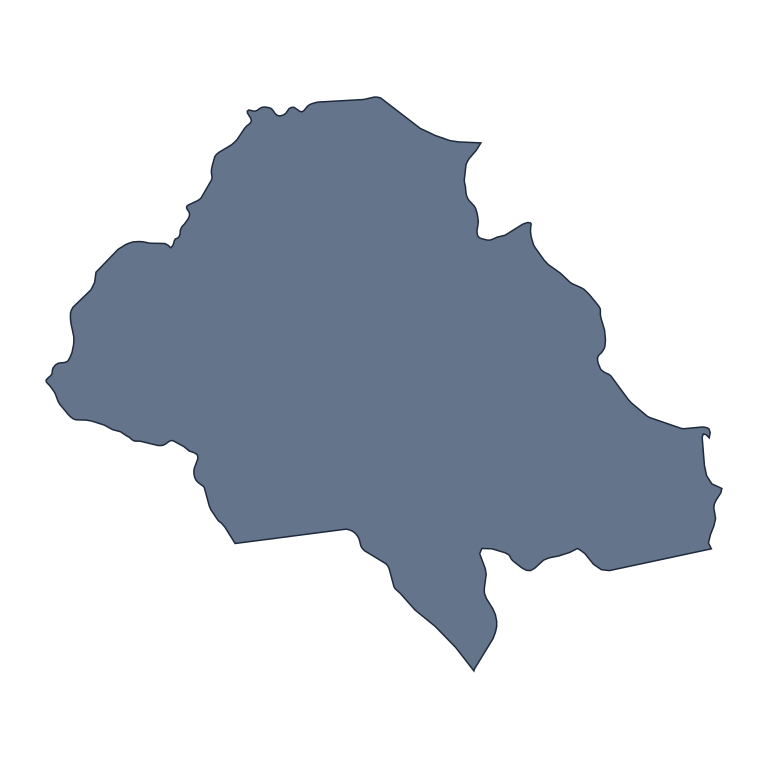 outline of Ngounié
{"feature_id": "GAB-2622", "entity_name": "Ngounié", "entity_type": "Province", "adm_level": 1, "iso_a3": "GAB", "parent_name": "Gabon", "parent_adm1": "", "projection": "orthographic", "projection_center": [11.097, -1.69], "detail": "fine", "context": "isolated", "style": "filled", "palette": "slate", "viewbox_px": 768, "rotation_deg": 0, "n_neighbors": 0, "source": "natural_earth", "source_scale": "10m", "svg_char_len": 3870}
<svg xmlns="http://www.w3.org/2000/svg" viewBox="0 0 768 768"><path d="M709.2,437.9L706.1,434.7L703.2,434.0L702.2,437.5L704.4,465.2L706.6,475.7L711.9,483.9L721.9,488.5L720.8,492.9L716.1,500.2L714.3,504.1L713.8,507.9L715.6,518.5L713.9,525.9L710.4,534.8L708.5,543.1L711.4,548.8L609.4,570.6L601.4,569.7L593.5,564.3L584.8,553.5L580.2,550.1L577.5,548.5L569.5,552.5L558.6,556.0L549.3,557.8L543.6,560.1L534.9,568.1L530.6,570.6L526.4,570.3L521.7,567.8L513.0,561.0L511.0,558.7L510.0,556.5L508.4,554.5L504.9,552.7L491.9,548.8L482.4,548.5L481.8,548.6L479.7,553.7L485.3,568.7L486.2,574.3L484.3,588.6L484.4,593.1L486.4,598.5L492.9,608.9L495.4,614.7L496.7,621.3L496.7,626.6L495.5,632.0L493.1,638.5L474.4,669.1L473.9,670.9L455.8,647.6L435.2,626.4L415.0,610.0L400.1,593.2L395.2,588.8L393.9,586.5L389.1,568.6L387.9,566.1L385.8,563.7L364.5,550.7L362.4,548.6L361.0,546.3L360.3,543.8L359.7,541.1L358.9,538.6L357.6,536.1L355.7,533.7L353.1,531.6L350.2,530.1L346.4,529.1L235.1,543.5L224.8,527.0L221.0,522.7L219.8,522.0L218.8,521.1L217.8,520.0L210.9,509.8L209.3,506.1L204.5,488.4L204.0,487.1L203.0,486.1L198.4,482.7L196.1,480.3L194.7,477.4L193.9,473.8L193.9,470.9L194.3,468.1L197.5,459.7L197.9,457.1L197.1,454.6L194.4,452.8L189.2,451.0L183.9,446.6L173.0,440.7L170.6,440.6L168.2,442.0L165.9,443.8L163.4,445.1L160.8,445.6L158.0,445.5L139.8,441.1L134.7,441.1L132.1,439.8L129.2,437.2L126.5,435.8L120.6,431.8L112.5,429.6L104.3,425.1L91.4,421.0L86.2,420.1L77.6,419.9L75.4,419.7L73.0,418.7L70.6,416.9L68.3,414.6L59.7,404.2L58.2,401.6L55.2,393.6L53.7,391.0L50.1,386.1L46.4,382.2L46.1,380.0L48.5,377.5L50.7,375.7L52.1,373.4L52.3,370.9L52.9,368.2L55.4,365.0L57.9,363.4L60.5,362.8L63.0,362.7L65.3,362.3L67.7,361.2L69.8,357.8L72.0,352.5L73.6,344.5L73.9,339.9L73.7,336.3L70.9,323.0L70.4,318.0L70.5,313.0L71.4,310.2L72.9,307.3L90.9,289.9L94.6,282.5L96.0,272.2L118.0,249.4L125.8,244.5L129.2,243.1L133.1,241.9L139.5,241.5L143.7,241.9L149.8,243.2L164.9,243.5L167.9,245.1L170.8,247.8L172.7,245.8L173.6,243.4L174.2,241.1L175.3,239.0L178.0,237.9L179.5,235.9L180.1,233.6L180.2,231.1L180.8,228.8L182.1,226.4L184.3,224.2L187.8,219.4L189.1,216.8L189.6,214.3L189.0,211.9L187.6,210.0L186.6,208.1L186.6,206.8L187.0,206.0L188.3,205.0L197.7,200.6L199.8,199.2L201.1,197.9L211.4,180.1L212.1,177.5L211.4,172.6L211.4,170.1L212.4,165.0L214.7,156.9L216.2,154.6L218.8,152.4L231.8,144.6L234.7,142.0L237.2,139.4L244.6,128.3L246.7,126.0L248.9,124.3L250.7,122.6L251.4,120.5L250.6,118.1L247.5,113.2L247.3,111.2L248.7,110.0L254.8,111.3L257.7,110.1L259.6,108.5L262.1,107.3L265.0,107.0L268.7,107.6L271.4,108.6L273.6,111.2L275.0,113.5L277.3,115.4L280.1,116.0L283.4,115.0L285.9,113.2L289.0,108.7L291.4,107.4L294.0,107.3L299.5,111.1L301.8,111.9L303.9,110.6L307.4,106.3L309.7,104.6L312.4,103.5L317.6,102.1L363.7,99.5L374.1,97.1L377.1,97.1L380.6,97.9L420.1,128.3L435.0,135.4L450.2,140.7L458.6,141.9L480.9,142.9L476.1,150.6L469.2,158.5L467.2,161.9L466.0,164.9L464.3,179.7L464.4,182.2L465.4,186.6L466.0,192.9L466.6,195.7L467.6,198.2L469.1,200.6L474.1,205.9L474.7,206.8L475.5,208.2L477.1,213.2L477.7,216.6L478.3,221.7L477.8,226.0L476.9,230.9L477.5,235.4L479.3,237.7L481.8,238.7L486.9,240.0L489.6,240.2L492.2,239.4L497.3,237.1L504.9,235.3L522.7,224.2L525.3,223.2L527.8,222.5L530.3,222.9L531.1,223.7L531.1,224.9L530.7,227.2L530.5,231.4L531.2,236.9L533.5,244.7L535.0,247.4L544.1,260.1L548.2,264.5L560.7,273.4L570.0,282.3L572.2,283.7L582.0,288.1L584.2,289.5L589.5,294.7L598.7,306.0L600.2,308.7L600.4,310.3L600.4,315.2L601.0,318.1L604.6,330.3L605.5,339.8L605.0,346.0L604.3,348.2L604.1,348.7L602.8,350.9L601.3,352.9L599.4,354.6L598.6,355.6L598.0,356.7L597.5,358.1L597.6,360.5L598.3,363.6L600.7,369.4L603.3,371.6L606.0,373.1L608.5,374.1L610.8,375.8L628.0,399.1L631.3,402.8L647.2,416.2L649.8,417.6L681.5,428.5L684.0,428.7L702.1,427.0L704.7,427.2L707.0,427.8L708.8,428.6L710.2,432.5L709.2,437.9Z" fill="#64748b" stroke="#1e293b" stroke-width="1.5"/></svg>